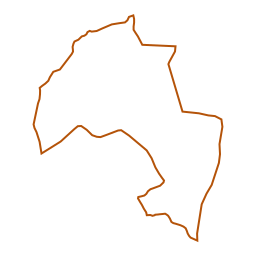 Yaloké, Ombella-M'Poko, Central African Republic (Natural Earth projection)
{"feature_id": "33826404B87944665241134", "entity_name": "Yaloké", "entity_type": "district", "adm_level": 2, "iso_a3": "CAF", "parent_name": "Central African Republic", "parent_adm1": "Ombella-M'Poko", "projection": "natural_earth1", "projection_center": [16.962, 5.38], "detail": "fine", "context": "isolated", "style": "outline", "palette": "amber", "viewbox_px": 256, "rotation_deg": 0, "n_neighbors": 0, "source": "geoboundaries", "source_scale": "gbopen_adm2", "svg_char_len": 1473}
<svg xmlns="http://www.w3.org/2000/svg" viewBox="0 0 256 256"><path d="M41.5,153.5L60.7,141.5L74.3,129.1L77.8,126.2L81.2,126.0L86.7,129.8L92.2,135.2L96.8,136.8L100.5,137.1L105.7,135.2L118.1,130.5L121.2,130.2L129.1,135.6L146.7,150.4L151.6,158.2L155.4,167.4L159.1,173.7L161.9,177.7L164.0,180.5L163.5,182.4L160.1,185.7L152.3,188.6L150.5,189.2L148.0,191.2L146.3,193.9L144.4,195.5L141.5,196.3L138.3,197.0L138.0,198.4L140.1,202.0L141.9,204.9L143.8,208.6L146.2,212.4L146.8,215.2L150.3,215.0L152.5,215.8L154.7,215.2L155.2,214.7L158.0,214.5L159.4,214.3L162.6,214.0L165.1,213.7L166.5,214.5L168.1,215.7L169.9,218.5L171.4,221.9L173.3,223.1L175.9,223.8L180.4,225.2L183.5,226.6L185.7,228.3L186.9,231.1L187.7,233.5L189.1,235.9L190.6,237.6L197.3,240.6L197.1,233.6L198.6,224.0L201.7,204.3L206.5,193.7L211.7,184.9L218.9,162.9L220.0,154.2L219.5,144.1L222.4,126.8L221.4,119.4L215.0,116.1L208.3,115.4L198.9,113.3L182.5,111.6L168.4,64.1L169.4,61.7L175.0,51.5L175.5,46.3L142.3,44.8L137.9,36.4L135.7,33.1L133.6,29.8L133.6,26.5L134.1,22.6L134.1,19.0L133.3,15.4L129.0,16.9L127.4,20.3L125.0,22.4L119.2,23.2L111.8,24.4L102.4,28.4L96.7,31.0L91.7,31.6L89.7,30.9L87.5,32.1L86.4,34.3L84.4,35.7L81.8,36.4L78.4,39.7L74.5,41.5L73.5,43.6L72.6,46.9L72.9,49.7L73.0,51.6L71.8,53.9L64.5,63.5L59.9,69.5L53.3,71.8L49.9,77.2L48.3,80.8L45.3,83.6L42.1,85.9L39.7,87.9L40.1,90.4L40.0,94.4L39.5,99.1L38.0,103.5L33.6,124.4L34.5,128.0L36.5,132.1L39.6,141.8L41.5,153.5Z" fill="none" stroke="#b45309" stroke-width="2"/></svg>